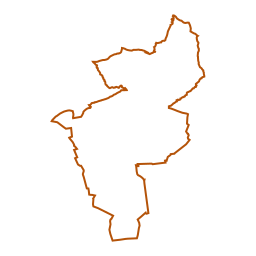 the district of Fagaras, Brasov, Romania
{"feature_id": "2599482B59919238366937", "entity_name": "Fagaras", "entity_type": "district", "adm_level": 2, "iso_a3": "ROU", "parent_name": "Romania", "parent_adm1": "Brasov", "projection": "robinson", "projection_center": [24.974, 45.842], "detail": "fine", "context": "isolated", "style": "outline", "palette": "amber", "viewbox_px": 256, "rotation_deg": 0, "n_neighbors": 0, "source": "geoboundaries", "source_scale": "gbopen_adm2", "svg_char_len": 5656}
<svg xmlns="http://www.w3.org/2000/svg" viewBox="0 0 256 256"><path d="M198.8,48.7L198.5,48.3L198.1,47.2L197.7,45.6L198.4,43.2L198.4,42.6L197.4,41.3L196.9,39.5L196.7,37.6L197.0,36.5L197.8,35.9L197.4,35.7L195.3,33.8L193.8,33.3L190.5,31.4L190.8,28.4L190.0,25.3L188.8,22.7L187.7,22.6L185.2,23.0L183.5,22.5L181.5,20.7L180.3,20.5L178.8,19.7L177.0,18.5L175.9,16.8L174.3,15.6L173.2,15.4L172.8,16.2L173.3,16.8L173.7,18.2L173.5,19.3L172.9,18.8L172.2,18.7L171.6,19.3L172.0,20.1L172.9,20.9L172.6,21.5L171.8,22.1L172.7,22.9L172.5,23.8L171.5,24.5L170.5,25.0L170.6,25.6L167.9,31.4L167.3,34.3L166.9,35.7L166.3,37.2L165.6,38.6L165.4,40.0L164.5,40.8L163.5,40.7L162.3,41.0L161.7,41.5L161.1,42.4L160.5,42.3L159.8,42.6L158.5,42.9L157.5,43.1L156.2,42.8L156.0,43.3L155.7,43.7L155.9,44.3L155.8,44.9L155.4,45.9L154.8,46.7L154.1,47.1L154.4,47.6L154.4,48.3L154.6,49.5L154.2,50.1L153.9,50.9L154.5,51.1L155.1,51.7L155.0,51.9L153.8,52.0L152.6,52.9L152.0,53.0L149.7,54.1L146.2,52.7L147.2,52.3L144.1,50.7L143.1,50.5L141.7,50.0L139.6,49.9L138.9,49.6L135.6,49.9L133.3,49.9L132.4,50.4L131.7,50.6L129.6,50.4L127.6,50.0L126.3,49.6L124.8,48.7L124.4,48.7L123.6,48.3L122.0,48.0L122.0,48.7L121.8,49.5L121.3,51.3L121.2,51.9L120.7,52.5L120.2,52.9L119.4,53.3L119.1,53.4L118.9,53.3L118.2,53.6L117.9,53.6L117.5,53.5L117.2,53.5L116.4,54.0L116.1,54.1L114.3,54.4L110.6,56.2L109.8,56.8L108.2,58.6L107.5,59.1L106.1,59.6L104.3,60.0L103.0,60.0L102.5,60.1L99.2,61.0L98.1,61.5L97.5,61.7L96.6,61.9L93.0,61.8L93.3,62.3L94.7,63.4L95.7,64.7L95.9,64.8L96.2,65.0L96.8,65.1L97.0,65.3L97.1,65.7L97.0,66.0L96.6,66.6L96.6,67.2L96.8,67.6L96.9,67.9L97.1,68.0L97.4,68.0L97.6,68.0L97.7,68.3L97.8,68.5L97.9,69.0L97.8,69.6L97.9,69.9L98.0,70.1L99.1,71.3L99.2,71.6L99.4,71.8L99.8,72.3L100.0,72.7L100.2,73.2L100.2,73.6L100.1,74.0L100.2,74.4L101.5,75.0L102.2,75.5L102.4,75.8L102.4,76.2L102.4,76.7L102.6,77.0L103.1,77.4L103.2,77.6L103.2,78.6L103.4,78.9L103.6,79.2L103.8,79.4L104.1,79.5L104.3,79.7L104.4,80.0L104.3,80.9L104.4,81.0L104.9,81.2L105.0,81.3L105.1,81.7L105.3,82.2L105.3,82.8L105.3,83.1L105.4,83.6L105.5,84.0L105.6,84.3L105.7,84.6L106.0,84.8L106.4,85.0L106.9,85.4L107.0,85.5L107.0,85.8L107.3,86.2L107.6,86.5L108.2,86.9L108.4,87.2L109.2,87.9L109.6,88.1L110.0,88.1L111.5,87.4L112.0,87.2L112.4,87.2L113.3,87.7L113.6,87.8L114.1,87.7L114.3,87.6L114.5,87.5L114.9,87.6L115.2,87.3L115.4,87.2L115.7,87.2L115.9,87.0L116.2,86.9L116.4,86.9L118.0,87.4L118.4,87.8L118.9,87.8L119.1,87.6L119.2,87.2L119.3,87.0L119.6,86.7L120.1,86.2L120.7,85.7L121.3,85.6L121.5,85.7L121.7,85.9L121.9,86.2L121.9,86.5L121.7,86.7L121.7,86.9L121.8,87.1L122.3,87.5L122.6,87.6L123.1,87.8L123.7,88.3L124.0,88.8L124.4,88.9L124.5,88.8L124.7,88.2L124.8,88.1L125.0,88.0L125.8,88.9L126.5,89.6L126.7,90.1L124.0,90.2L122.9,90.2L121.7,90.2L121.1,90.4L120.9,90.5L120.5,91.3L120.0,91.7L119.0,92.1L117.0,93.1L116.2,93.7L115.4,94.2L113.7,94.8L113.0,95.5L112.3,96.0L111.7,96.2L111.5,96.4L110.3,96.6L109.0,97.6L107.9,98.2L106.2,98.8L105.7,99.1L105.0,99.2L103.8,99.6L102.9,99.9L102.1,100.0L101.4,100.4L100.3,100.6L100.0,100.8L98.7,101.1L96.5,102.0L95.8,102.1L94.8,102.2L94.6,102.3L94.6,102.6L94.4,102.7L92.0,103.0L91.8,103.1L91.6,103.2L91.2,103.9L90.3,104.8L89.3,105.1L89.0,105.1L89.1,105.3L89.4,105.8L89.7,106.1L90.2,106.3L90.6,106.7L90.8,106.8L90.8,107.0L90.3,107.9L88.4,108.1L87.4,108.5L86.5,109.0L84.4,110.7L83.8,111.4L83.4,111.9L83.3,112.2L83.2,113.1L83.0,113.5L82.0,115.4L81.1,116.8L73.1,118.2L73.0,117.7L73.4,115.0L73.4,114.2L73.3,113.4L73.0,112.5L72.8,111.2L71.1,110.7L69.5,110.4L68.0,110.5L66.0,111.0L64.2,111.5L62.5,112.3L60.0,113.6L56.8,116.0L56.0,116.4L55.5,116.8L52.3,120.1L51.7,121.2L55.0,121.8L57.1,122.2L57.5,122.4L63.8,127.2L65.9,128.7L71.1,128.0L72.0,136.6L69.2,137.7L69.5,138.3L72.7,142.1L74.0,144.5L74.2,145.1L74.0,145.6L74.0,145.8L75.4,146.9L77.0,148.9L74.1,149.9L77.2,157.3L75.1,158.2L78.0,164.5L80.0,165.8L81.1,165.8L83.7,170.2L83.7,171.3L83.2,172.8L82.9,173.8L82.9,174.6L83.8,177.2L86.8,188.4L88.4,188.5L88.8,190.9L89.2,194.6L90.9,194.9L92.2,194.9L95.0,195.5L93.1,198.7L93.4,199.2L93.0,204.3L93.4,206.4L98.1,208.2L113.1,215.7L111.4,218.9L110.8,219.2L110.2,220.2L110.3,220.6L110.1,221.5L110.4,223.3L110.5,224.4L109.4,229.7L110.3,233.8L111.6,237.7L112.6,240.6L120.4,239.7L125.6,238.9L127.8,238.7L136.9,238.3L137.7,235.5L137.9,234.5L138.9,228.1L139.6,225.7L139.2,222.9L138.5,221.3L137.7,219.5L141.3,216.5L145.5,212.8L145.6,213.4L146.1,213.4L146.6,213.7L148.4,213.1L144.4,183.3L144.2,180.9L144.5,179.7L143.8,179.8L143.3,178.8L141.4,177.1L139.8,176.0L138.1,175.2L137.3,174.2L136.7,171.4L136.2,166.3L136.3,166.2L138.4,166.1L138.4,165.8L136.1,165.9L135.9,165.2L137.7,165.1L137.6,164.0L139.4,164.0L149.1,163.7L151.8,163.7L152.6,164.2L165.5,162.6L165.0,160.6L165.8,160.4L166.6,160.7L167.8,156.9L170.1,155.3L170.8,154.5L170.8,154.1L174.4,153.7L174.6,153.3L186.1,144.3L189.6,139.9L188.1,138.8L187.8,137.5L188.7,135.2L188.1,133.8L187.6,133.8L186.1,131.5L188.7,125.0L187.0,123.7L187.4,117.3L188.0,114.2L186.7,113.6L182.5,112.8L180.2,112.0L177.4,111.0L174.7,109.9L171.0,108.5L168.9,108.0L168.9,106.3L171.1,105.6L172.6,104.3L173.5,103.3L174.3,103.1L176.0,101.7L176.9,101.4L176.6,100.2L177.9,99.6L178.6,100.1L180.2,99.5L180.4,98.5L181.2,98.4L181.8,97.7L182.8,97.1L183.7,97.1L184.4,96.3L184.9,96.3L185.4,95.3L186.8,94.8L186.8,93.0L187.3,92.3L188.4,92.0L190.0,91.1L190.5,91.1L192.8,88.4L193.7,88.4L194.8,87.0L195.8,87.0L196.5,85.5L195.9,85.3L195.9,83.9L199.0,81.4L199.6,79.7L200.7,78.4L201.5,78.4L202.3,77.2L204.3,76.6L204.3,76.0L203.8,73.7L203.8,72.4L203.3,71.6L203.3,70.4L202.1,69.3L201.8,68.6L201.2,68.0L200.0,67.2L198.6,63.9L198.8,62.8L198.2,60.6L198.0,57.8L198.0,56.7L197.7,56.1L198.0,52.5L198.8,50.8L198.8,48.7Z" fill="none" stroke="#b45309" stroke-width="2"/></svg>